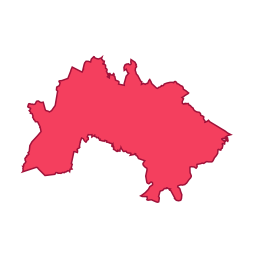 San Pablo Anicano, Puebla, Mexico (Albers equal-area conic projection), rotated 10°
{"feature_id": "50627088B54927007097368", "entity_name": "San Pablo Anicano", "entity_type": "district", "adm_level": 2, "iso_a3": "MEX", "parent_name": "Mexico", "parent_adm1": "Puebla", "projection": "albers", "projection_center": [-98.14, 18.141], "detail": "fine", "context": "isolated", "style": "filled", "palette": "rose", "viewbox_px": 256, "rotation_deg": 10, "n_neighbors": 0, "source": "geoboundaries", "source_scale": "gbopen_adm2", "svg_char_len": 5838}
<svg xmlns="http://www.w3.org/2000/svg" viewBox="0 0 256 256"><g transform="rotate(10 128 128)"><path d="M52.2,93.5L51.9,93.9L52.3,94.7L53.3,95.4L53.0,98.2L50.7,100.1L50.9,102.9L52.3,103.9L52.4,118.5L49.7,124.2L47.8,125.8L46.4,125.3L44.2,125.1L43.4,124.5L40.0,117.3L38.1,118.0L37.1,117.9L35.2,117.0L34.7,117.0L33.3,117.6L32.5,120.2L32.0,120.8L30.4,121.3L29.8,121.1L28.4,121.4L27.0,121.1L26.0,121.5L25.9,121.9L25.6,124.4L26.0,124.8L28.6,125.5L28.7,125.8L28.3,127.4L27.7,128.0L28.6,128.8L29.4,129.3L29.6,129.8L29.4,130.4L31.1,130.5L32.4,132.8L32.2,133.9L33.6,135.5L33.7,136.0L34.8,136.6L35.7,137.9L37.6,137.6L38.0,137.7L41.3,142.2L41.1,142.8L41.6,143.1L43.0,146.6L40.3,151.3L35.8,158.3L34.4,162.4L34.8,168.3L33.8,169.7L34.9,170.9L34.4,171.4L34.2,172.2L33.2,172.7L33.1,173.4L33.3,173.8L33.1,174.2L32.5,174.4L32.1,175.3L31.8,176.2L32.4,177.4L32.4,177.9L33.2,178.7L33.3,179.0L32.7,180.4L31.6,181.9L31.9,183.5L31.6,183.8L30.9,184.0L31.7,184.9L31.5,186.1L31.9,187.1L32.1,189.0L31.9,189.4L44.4,182.7L45.8,182.7L46.7,183.7L54.5,189.2L64.0,186.3L64.8,184.4L66.5,184.3L66.9,184.8L67.9,184.5L69.9,184.3L71.1,183.2L73.1,183.0L73.3,182.5L74.6,182.0L76.2,180.5L77.4,180.5L78.1,181.1L78.1,178.7L80.0,178.1L79.0,176.9L79.4,173.4L78.8,173.1L78.4,173.0L78.8,160.7L79.4,160.5L82.4,160.9L82.4,159.8L82.1,158.7L81.6,158.4L81.8,157.5L82.3,156.9L83.1,156.5L83.9,155.2L83.2,154.4L83.4,153.4L83.3,151.2L83.6,150.5L83.4,149.7L84.0,146.1L84.1,145.9L86.0,146.4L86.5,147.3L87.6,148.4L88.9,149.2L89.3,149.0L89.8,147.2L90.9,146.2L90.5,144.4L89.4,143.9L90.0,141.4L91.6,141.4L93.6,140.8L94.0,143.1L96.4,140.9L96.7,142.1L98.4,142.4L99.0,143.0L100.4,142.5L101.0,143.5L101.6,143.9L102.5,143.9L102.3,144.9L106.0,145.2L106.7,144.8L107.4,145.1L107.4,144.2L107.8,144.2L109.3,144.4L109.5,145.6L112.1,145.6L112.1,145.9L113.3,146.1L114.8,146.1L115.1,146.6L115.3,148.8L115.9,149.1L116.1,148.8L115.9,147.3L116.0,146.9L116.3,147.9L117.0,148.7L117.6,150.7L117.3,151.2L117.5,151.6L118.6,151.7L119.5,152.3L121.3,153.0L121.7,152.8L121.6,152.3L121.9,151.6L122.7,152.3L124.1,152.1L123.8,150.5L124.5,149.5L124.5,148.5L125.3,149.8L126.1,150.2L126.7,151.3L127.7,151.8L128.1,151.9L129.0,151.4L130.3,151.3L130.6,151.8L131.1,152.2L132.4,152.6L135.0,152.3L135.5,153.1L135.0,154.4L139.2,152.8L139.3,152.0L140.0,152.0L140.5,153.4L141.0,153.8L142.2,154.1L143.1,155.6L143.9,156.3L150.2,157.3L149.2,159.5L148.9,160.8L149.7,162.2L152.0,163.8L153.4,164.2L153.7,164.7L154.0,165.9L153.8,172.3L155.9,178.0L156.3,178.6L157.0,179.0L158.1,179.3L158.7,178.9L159.5,177.7L160.1,177.2L160.6,177.2L161.3,177.4L161.6,177.7L162.1,179.3L162.0,179.7L159.7,182.0L158.8,184.8L156.3,188.6L153.6,191.5L152.3,192.6L153.9,193.0L158.6,192.3L159.3,194.4L159.3,194.7L159.0,195.3L159.4,195.5L160.3,195.6L163.5,194.6L168.8,195.9L170.1,195.9L170.7,195.6L171.1,195.3L171.0,191.7L170.7,190.8L170.0,190.3L170.5,185.0L171.0,184.3L172.6,183.6L173.2,183.1L174.3,181.3L176.1,181.1L176.2,180.3L176.7,180.1L177.6,180.2L176.6,180.3L178.7,180.7L179.6,180.6L180.1,180.7L179.3,181.4L179.7,181.9L181.0,182.2L186.4,189.0L186.1,189.4L187.7,190.5L188.2,190.8L190.3,190.9L191.7,190.4L192.5,189.9L192.9,188.1L192.6,184.4L190.8,181.3L189.7,179.0L188.9,178.3L187.2,177.5L187.1,176.5L188.5,175.5L190.0,174.8L191.4,174.8L193.8,173.8L194.5,172.7L195.1,172.4L197.0,168.3L198.3,166.2L198.7,164.8L198.5,163.9L196.9,161.3L196.0,157.4L195.8,155.8L197.0,155.1L199.4,154.9L200.4,155.0L201.4,155.6L202.1,155.7L202.8,154.2L202.2,151.9L202.6,151.7L205.8,150.5L207.1,149.7L208.8,149.7L210.4,148.1L211.4,147.4L213.1,147.4L216.5,146.8L217.4,145.5L218.3,142.3L219.7,140.0L220.7,137.4L220.4,133.7L220.6,133.5L221.2,133.3L221.9,133.6L223.2,133.7L223.5,132.1L224.3,131.5L224.4,128.7L223.7,127.8L223.7,127.0L225.9,127.0L225.9,126.4L225.4,125.0L225.8,125.0L226.3,124.1L226.2,123.8L224.6,123.9L222.4,122.9L222.3,122.3L223.5,121.6L224.8,121.9L225.3,121.6L226.5,121.8L226.5,122.9L227.1,122.4L227.3,122.7L227.1,123.1L228.5,123.8L228.7,123.0L228.1,121.5L227.8,121.1L227.9,120.6L227.3,120.1L227.2,120.4L225.5,120.1L227.7,118.0L230.4,116.7L226.9,115.6L224.3,114.2L207.5,107.7L205.9,106.4L204.6,107.9L203.6,108.2L203.4,108.8L202.8,109.0L202.9,108.1L200.8,106.0L200.6,104.8L200.8,104.0L199.7,103.3L197.4,102.8L196.9,101.3L195.7,100.2L192.7,100.2L190.4,99.3L189.1,98.1L188.8,97.2L186.8,96.2L185.9,95.4L185.0,94.9L184.3,94.9L183.1,93.4L180.4,94.2L180.4,93.8L179.7,94.0L179.2,94.2L178.8,94.8L177.3,94.3L176.8,92.6L177.6,89.6L175.9,88.5L177.3,87.5L178.2,86.3L181.1,83.8L181.6,83.0L178.6,81.3L175.8,80.2L175.4,78.9L174.5,77.6L172.2,77.0L170.0,75.9L168.6,75.8L167.9,74.7L166.7,74.0L166.2,74.0L165.4,74.6L165.1,75.4L164.0,75.3L161.6,75.7L158.5,77.0L156.1,78.4L155.5,79.9L155.2,80.2L153.6,80.4L153.5,80.7L153.6,81.1L153.1,81.2L152.4,82.1L151.2,82.6L150.4,83.8L149.2,83.8L143.7,80.2L142.5,78.3L141.0,76.5L140.4,77.5L139.6,80.7L139.1,80.7L137.9,81.4L137.4,82.0L135.5,81.4L133.7,82.7L133.6,80.1L132.4,79.7L128.5,74.6L126.9,73.4L125.1,69.9L125.0,67.4L125.8,66.3L125.6,65.5L125.2,65.3L124.8,64.5L125.1,64.1L123.4,62.0L119.1,60.1L119.3,62.6L119.9,63.5L119.8,64.6L119.1,65.3L118.1,65.3L117.4,64.7L115.2,65.4L115.0,66.0L114.4,66.1L114.0,66.6L113.5,69.1L114.3,72.0L116.0,70.4L118.2,73.6L118.9,73.9L119.5,73.5L117.2,77.3L116.5,85.2L116.9,86.6L111.1,86.4L111.2,85.0L111.0,84.0L110.5,83.7L107.4,83.0L106.0,79.5L105.1,79.1L105.0,77.5L104.4,76.9L103.4,78.6L101.8,78.6L100.8,77.6L100.4,78.0L100.9,81.9L98.8,81.1L99.7,79.2L100.0,77.8L99.8,77.6L98.6,78.4L96.9,75.8L97.3,75.3L97.2,74.0L96.6,73.4L95.6,73.2L95.0,70.1L93.6,69.2L92.5,69.5L92.2,68.8L92.8,68.6L93.1,68.1L93.1,66.3L91.8,66.2L91.4,66.0L91.2,65.4L90.4,65.1L89.9,64.3L90.1,62.8L89.3,63.8L86.8,65.2L84.9,65.1L82.7,64.5L82.5,63.8L81.9,63.7L79.9,66.6L79.7,69.5L77.1,69.2L75.1,69.6L74.1,71.3L73.8,72.9L73.5,77.9L73.9,77.9L73.0,80.9L62.5,77.7L61.8,80.7L61.7,82.0L60.2,89.6L54.6,92.8L52.2,93.5Z" fill="#f43f5e" stroke="#9f1239" stroke-width="1.5"/></g></svg>